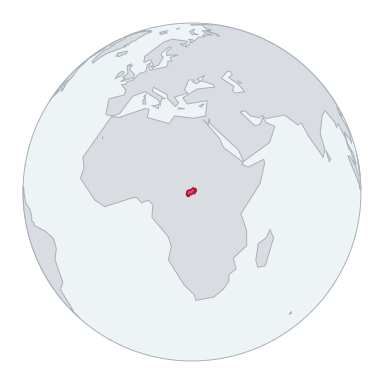 globe centered on Mbomou, rotated 351°
{"feature_id": "CAF-868", "entity_name": "Mbomou", "entity_type": "Prefecture", "adm_level": 1, "iso_a3": "CAF", "parent_name": "Central African Republic", "parent_adm1": "", "projection": "orthographic", "projection_center": [23.723, 5.441], "detail": "fine", "context": "on_globe", "style": "filled", "palette": "rose", "viewbox_px": 384, "rotation_deg": 351, "n_neighbors": 0, "source": "natural_earth", "source_scale": "10m", "svg_char_len": 8291}
<svg xmlns="http://www.w3.org/2000/svg" viewBox="0 0 384 384"><g transform="rotate(351 192 192)"><circle cx="192" cy="192" r="169" fill="#eef3f6" stroke="#a8b0b8"/><path d="M115.0,41.6L114.5,41.9L110.4,44.4L105.0,47.5L103.0,48.8L108.4,46.1L98.6,52.7L92.7,58.9L90.1,61.0L84.6,63.8L83.9,62.7L76.8,68.4L81.7,64.8L75.2,70.9L74.3,72.1L74.8,72.2L77.4,70.1L75.2,72.4L69.5,76.3L71.4,74.2L73.2,72.8L72.8,72.6L69.0,76.2L66.0,79.5L65.4,80.1L74.1,71.0L83.5,62.5L93.4,54.8L104.0,47.8L115.0,41.6ZM25.9,160.8L26.5,161.9L26.0,164.0L26.1,177.0L29.2,183.8L29.9,191.4L29.2,195.6L31.0,197.6L31.1,200.5L40.7,207.5L47.9,216.2L49.2,226.5L46.1,237.2L50.3,261.2L46.8,267.4L50.5,276.9L55.9,289.9L53.1,287.7L58.7,295.1L61.2,298.7L60.7,298.4L53.4,288.6L46.8,278.4L40.9,267.7L35.9,256.6L31.6,245.1L28.2,233.4L25.6,221.5L23.9,209.4L23.1,197.3L23.2,185.1L24.1,172.9L25.9,160.8ZM142.9,30.5L143.4,30.2L146.1,29.4L142.9,30.5ZM153.1,27.6L151.7,28.0L149.3,28.6L151.0,28.1L153.1,27.6ZM168.9,24.7L162.5,25.7L160.6,26.0L167.1,24.9L168.9,24.7ZM87.2,324.6L86.9,324.3L88.1,325.2L89.1,326.0L87.2,324.6ZM322.4,84.5L322.6,84.7L322.9,85.2L330.1,94.7L336.6,104.7L342.4,115.1L347.5,125.9L347.7,126.3L349.1,131.4L350.2,134.4L348.3,131.1L349.5,137.2L355.9,154.1L357.0,159.2L357.2,169.2L356.5,165.4L351.7,156.7L353.5,169.0L357.2,178.8L358.6,190.8L356.9,187.3L355.2,176.8L353.4,173.4L352.0,162.7L346.9,147.4L345.0,150.7L343.4,144.5L336.1,132.5L332.4,137.1L327.7,154.4L330.0,170.5L327.1,178.1L316.1,155.6L310.6,140.6L307.0,142.3L295.4,130.4L276.4,131.0L273.4,127.3L269.9,129.3L261.7,125.9L256.9,119.9L252.1,120.6L264.6,136.4L269.8,135.9L273.6,129.3L276.2,135.2L284.1,140.1L276.4,155.2L247.7,169.9L244.5,158.0L220.2,126.8L220.7,123.2L220.6,122.8L220.2,122.2L218.5,127.9L214.2,122.0L227.6,143.5L230.1,153.1L247.3,170.7L245.8,172.6L251.3,176.2L268.0,170.9L268.2,174.9L260.6,194.2L236.9,221.1L239.9,238.5L237.7,253.4L222.5,263.7L223.4,275.1L215.4,279.3L214.6,285.7L208.0,292.6L197.0,299.2L179.0,299.6L178.2,293.9L169.7,282.7L158.1,255.3L163.1,242.5L161.6,232.6L148.5,210.7L151.4,198.5L147.8,193.4L140.4,194.7L136.2,188.6L131.7,188.5L103.5,192.8L94.8,184.9L84.0,160.9L89.1,151.4L89.8,140.6L124.2,105.0L131.7,106.9L159.0,102.3L162.5,103.5L159.5,111.4L180.2,121.0L186.6,114.2L205.1,119.4L217.3,119.0L221.2,104.1L201.3,104.4L197.6,97.5L213.3,91.1L230.7,91.9L229.8,89.3L218.7,83.6L222.4,78.9L214.8,81.3L218.0,83.9L213.3,85.7L210.0,83.5L211.5,81.8L206.2,80.8L200.6,90.0L203.3,93.6L189.5,95.5L192.7,101.9L189.1,105.1L182.3,95.5L182.8,92.0L170.3,82.5L168.6,86.3L180.2,95.7L176.7,95.0L174.3,101.0L173.3,95.9L161.1,85.5L148.5,88.1L132.9,103.1L125.5,104.6L119.1,101.9L124.5,87.0L140.4,85.5L142.6,81.1L139.1,75.0L144.2,75.3L144.8,72.9L150.8,72.4L158.9,66.6L165.0,65.9L168.0,59.2L171.5,58.1L168.7,62.2L170.0,65.1L185.0,64.5L187.9,63.0L188.6,58.9L192.6,59.6L191.4,55.7L199.9,54.3L188.5,53.1L189.1,49.1L194.1,46.2L192.2,44.8L184.1,49.8L182.7,52.0L184.7,54.2L179.1,61.2L174.0,62.6L172.2,55.0L164.7,56.4L166.5,50.7L187.4,39.6L196.2,37.9L211.3,42.5L209.4,44.6L203.0,43.9L209.1,47.9L208.5,45.9L211.9,46.8L213.3,43.8L215.7,44.4L212.8,40.9L216.0,41.3L217.7,43.4L222.5,40.1L228.9,40.5L228.8,39.6L226.9,38.5L236.4,40.2L235.9,39.5L232.6,38.6L229.4,36.7L227.6,34.4L231.0,35.0L232.1,36.0L239.6,39.4L242.1,42.3L243.3,42.4L241.9,40.1L232.8,35.9L230.7,34.3L235.4,36.0L233.5,35.2L233.6,34.7L236.8,34.9L231.8,33.1L227.5,28.2L233.3,28.9L237.9,30.5L238.5,29.6L243.3,31.0L254.7,35.1L265.8,40.0L276.5,45.7L286.7,52.1L296.5,59.2L305.7,67.0L314.4,75.5L322.4,84.5ZM112.7,122.7L111.8,125.9L112.7,122.7ZM249.6,100.9L259.7,101.3L254.3,92.5L257.8,92.1L254.7,89.5L253.9,91.9L246.2,84.8L250.2,82.4L248.6,78.8L245.1,78.6L238.9,84.4L249.9,94.2L247.9,97.9L249.6,100.9ZM26.5,161.9L26.4,163.9L26.1,163.7L26.5,161.9ZM31.8,138.4L31.5,139.6L31.3,139.9L31.8,138.4ZM75.5,70.6L75.9,70.4L75.9,70.9L74.8,71.7L75.5,70.6ZM82.7,68.3L79.1,72.2L80.9,69.7L78.6,71.3L79.5,68.5L88.8,61.9L84.5,65.2L82.7,68.3ZM83.4,63.6L81.7,65.7L83.2,63.7L83.4,63.6ZM141.8,61.8L143.9,63.1L141.7,65.7L134.1,68.0L137.2,64.0L141.8,61.8ZM147.4,64.4L147.7,57.1L152.4,55.8L149.7,57.7L152.9,57.6L149.3,60.6L153.6,67.1L152.0,70.0L138.7,71.8L143.9,69.4L141.6,68.1L147.4,64.4ZM139.9,45.2L140.1,43.2L150.2,42.8L148.9,44.8L141.2,46.8L138.2,45.7L139.9,45.2ZM128.0,35.7L127.4,35.9L128.8,35.3L130.4,34.7L128.0,35.7ZM121.3,38.5L122.4,38.1L127.2,36.2L129.4,35.2L136.1,32.6L137.1,32.2L145.1,29.7L146.6,29.3L141.6,30.7L142.9,30.4L132.0,34.7L130.7,35.0L125.8,37.8L120.7,39.8L124.0,37.8L116.4,41.8L117.3,40.8L112.5,43.6L120.5,38.9L121.0,38.7L121.3,38.5ZM177.0,26.6L173.1,26.6L177.0,27.7L172.1,28.2L172.8,28.3L169.3,29.3L166.4,30.8L164.2,31.0L164.0,31.5L161.7,32.3L160.8,33.2L156.3,34.0L154.8,35.3L153.6,35.0L152.1,37.0L151.2,35.9L148.2,37.2L150.6,37.6L129.2,42.0L120.9,45.5L114.4,49.3L113.8,47.5L119.4,43.1L128.0,38.3L136.1,35.5L134.3,35.5L137.7,34.2L137.7,34.7L139.7,33.3L142.5,32.5L150.1,29.7L151.3,28.6L154.2,27.8L155.1,27.8L157.3,27.0L160.9,26.7L163.0,26.2L168.7,25.7L169.2,26.4L171.6,25.9L176.0,25.8L177.0,26.6ZM170.5,24.5L172.2,24.8L170.4,25.4L161.2,26.2L158.8,26.7L152.9,27.7L155.7,27.0L157.1,26.7L159.2,26.3L157.5,26.7L160.4,26.1L162.4,25.7L165.2,25.3L170.5,24.5ZM166.3,100.5L168.9,100.8L173.1,100.4L171.7,104.4L166.3,100.5ZM157.8,93.4L160.1,92.9L160.2,97.8L157.4,97.7L157.8,93.4ZM161.4,88.6L160.3,92.5L159.3,90.3L161.4,88.6ZM170.9,61.7L173.5,61.1L173.7,62.1L172.4,63.6L170.9,61.7ZM187.6,31.9L185.6,31.3L186.4,31.0L185.0,29.3L188.6,29.1L190.8,30.0L187.6,31.9ZM217.8,106.7L214.4,109.6L212.5,108.2L214.1,107.5L217.8,106.7ZM191.9,106.8L197.9,108.6L191.5,107.9L191.9,106.8ZM191.2,31.3L190.3,30.6L192.6,30.9L191.2,31.3ZM191.1,28.9L193.9,29.1L188.9,28.9L191.1,28.9ZM271.3,325.7L271.3,327.4L269.2,327.7L271.3,325.7ZM265.4,250.0L252.8,276.3L245.2,276.7L244.4,269.2L249.4,253.4L258.5,248.5L263.1,241.2L265.4,250.0ZM359.2,216.1L358.7,216.2L358.0,214.4L358.6,211.4L359.7,211.8L359.6,213.7L359.2,216.1ZM358.5,211.3L356.9,203.6L351.6,181.0L353.5,181.1L358.5,194.4L358.2,197.0L359.2,203.1L358.5,211.3ZM360.6,202.8L360.6,202.7L360.4,201.6L360.4,192.1L360.4,187.2L360.7,187.3L360.5,179.0L361.0,190.9L360.6,202.8ZM330.7,172.0L334.2,181.5L332.3,183.3L330.7,172.0ZM351.8,139.0L351.6,140.0L350.8,137.6L350.5,135.0L351.8,139.0ZM220.2,31.4L218.0,33.6L218.9,35.8L223.0,37.6L216.3,36.4L215.0,33.0L220.2,31.4ZM226.3,28.4L222.6,27.3L224.7,27.5L225.9,27.8L226.3,28.4ZM223.7,27.9L218.2,27.2L216.5,26.5L221.1,27.1L223.7,27.9ZM204.7,28.3L203.9,28.9L202.0,28.5L204.7,28.3Z" fill="#d9dde1" stroke="#a8b0b8" stroke-width="1"/><path d="M194.1,193.1L194.0,192.9L193.9,193.0L194.0,193.2L193.9,193.2L193.9,193.3L193.7,193.3L193.6,193.5L193.5,193.4L193.4,193.4L193.4,193.5L193.2,193.6L192.8,193.7L192.7,193.7L192.6,193.8L192.4,193.8L192.2,193.8L192.0,194.0L191.9,194.0L191.7,194.1L191.4,194.3L191.2,194.3L191.1,194.5L190.9,194.5L190.8,194.4L190.7,194.4L190.5,194.2L190.4,194.1L190.2,194.1L189.9,194.0L189.9,193.9L189.7,193.8L189.5,194.0L189.4,194.1L189.2,194.1L189.2,194.3L189.1,194.5L189.0,194.8L188.9,194.8L188.7,194.8L188.7,195.0L188.6,195.3L188.5,195.5L188.4,195.7L188.3,195.8L188.2,195.8L187.8,195.9L187.5,195.8L187.4,195.7L187.1,195.6L187.1,195.4L187.1,195.2L187.3,195.0L187.3,194.9L187.4,194.7L187.2,194.6L186.9,194.7L186.7,194.5L186.7,194.4L186.4,194.3L186.4,194.2L186.2,194.2L186.2,193.9L186.3,193.9L186.3,193.5L186.4,193.3L186.4,193.2L186.4,192.9L186.5,192.9L186.6,192.6L186.6,192.3L186.7,192.2L186.7,191.9L186.8,191.7L187.0,191.6L187.0,191.4L187.1,191.2L187.2,190.9L187.2,190.7L187.3,190.5L187.3,190.4L187.6,190.2L187.8,190.2L188.0,190.2L188.3,190.1L188.4,189.8L188.5,189.7L189.0,189.6L189.3,189.6L189.5,189.7L189.6,189.8L189.8,189.9L190.6,190.1L190.7,189.9L190.8,189.8L190.8,189.7L191.0,189.7L193.6,188.1L194.4,189.0L194.6,189.2L194.8,189.2L195.1,189.0L195.1,188.9L195.4,188.9L195.5,189.0L195.8,189.1L195.9,189.3L196.0,189.4L195.9,189.5L195.7,189.6L195.4,189.7L195.3,189.8L195.7,190.1L195.8,190.2L195.9,190.3L196.0,190.3L196.0,190.5L196.3,190.6L196.2,190.7L196.2,190.8L196.2,191.0L196.1,190.9L196.0,191.0L195.9,191.0L195.9,191.3L195.8,191.5L195.8,191.8L195.7,191.8L195.7,192.0L195.4,192.1L195.4,192.3L195.2,192.3L195.1,192.5L195.0,192.4L195.0,192.5L194.9,192.5L194.7,192.5L194.5,192.8L194.5,192.7L194.4,192.7L194.4,192.8L194.5,192.9L194.4,192.9L194.4,193.0L194.3,192.9L194.3,193.0L194.2,193.0L194.1,193.1Z" fill="#f43f5e" stroke="#9f1239" stroke-width="1.5"/></g></svg>